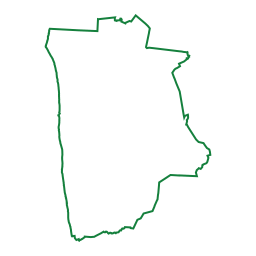 Liepupes pag., Salacgrivas, Latvia (Albers equal-area conic projection)
{"feature_id": "27541924B57299636563148", "entity_name": "Liepupes pag.", "entity_type": "district", "adm_level": 2, "iso_a3": "LVA", "parent_name": "Latvia", "parent_adm1": "Salacgrivas", "projection": "albers", "projection_center": [24.439, 57.482], "detail": "fine", "context": "isolated", "style": "outline", "palette": "green", "viewbox_px": 256, "rotation_deg": 0, "n_neighbors": 0, "source": "geoboundaries", "source_scale": "gbopen_adm2", "svg_char_len": 5409}
<svg xmlns="http://www.w3.org/2000/svg" viewBox="0 0 256 256"><path d="M49.8,28.8L49.7,29.2L49.5,29.4L49.3,29.9L49.2,30.6L49.1,30.8L49.2,31.3L49.0,32.1L48.9,32.4L48.9,33.2L48.7,33.4L48.8,33.7L48.9,33.8L48.6,34.7L48.5,35.4L48.3,35.8L48.0,36.1L48.0,36.4L47.9,36.7L48.0,36.9L47.9,37.6L48.0,38.3L47.8,39.2L47.8,39.5L47.7,39.8L47.4,40.4L47.4,40.8L47.2,41.1L47.2,41.4L47.1,41.6L46.9,42.6L46.7,43.1L46.5,43.7L46.0,45.1L46.0,45.4L46.0,45.7L45.8,45.8L45.7,46.2L45.7,46.6L45.8,47.1L46.0,47.4L46.3,47.6L46.5,47.9L46.7,48.2L47.6,49.8L48.2,51.0L48.8,52.3L50.1,54.5L50.6,55.6L51.4,56.7L52.3,58.3L52.6,58.6L52.7,59.2L53.3,60.5L53.4,60.9L54.0,62.2L54.2,62.8L54.4,63.3L54.4,63.9L54.4,64.3L54.9,65.7L55.1,66.8L55.3,67.4L55.5,68.4L55.6,68.8L55.9,70.7L56.1,71.0L56.1,71.3L56.6,72.9L56.6,73.5L56.6,74.2L56.8,75.8L56.8,76.1L56.8,76.4L56.9,76.8L56.9,77.3L57.2,78.4L57.5,79.2L57.5,79.6L57.6,80.0L57.5,81.3L57.5,81.6L57.6,81.9L58.0,82.9L58.2,84.1L58.3,84.6L58.4,86.1L58.6,87.4L58.6,88.2L58.7,88.8L58.8,90.4L58.9,90.7L59.0,92.7L59.1,94.0L59.0,94.3L59.0,95.3L59.1,95.7L59.0,96.3L59.1,97.1L59.1,97.4L59.1,98.3L59.2,99.2L59.2,99.3L59.2,100.0L59.1,101.0L59.2,101.9L59.1,102.3L59.2,102.6L59.2,103.1L59.3,103.2L59.4,103.7L59.6,105.7L59.6,108.8L59.6,109.7L59.5,111.5L59.5,111.8L59.4,112.1L59.2,112.3L59.3,112.9L59.4,113.1L59.4,113.3L59.7,113.5L58.8,115.3L57.4,115.3L58.8,115.4L59.1,116.5L59.3,117.4L59.4,118.2L59.4,118.5L59.3,119.5L59.4,120.2L59.3,120.5L59.3,122.7L59.1,124.4L58.9,125.6L58.7,126.5L58.6,127.0L58.7,127.6L58.6,127.9L58.6,128.1L58.7,128.4L58.9,129.1L58.9,129.3L59.0,129.4L59.0,129.7L58.8,130.1L59.0,131.1L59.1,131.3L59.1,131.7L59.3,133.6L59.3,134.0L59.4,135.2L59.4,135.7L59.3,136.2L59.3,137.1L59.4,137.7L59.5,138.6L59.9,140.8L60.0,140.9L60.3,142.1L60.3,142.8L60.4,143.1L60.5,143.8L60.7,144.1L62.2,149.5L62.3,151.0L62.4,154.7L62.2,156.5L62.1,157.6L62.2,158.1L62.1,158.6L62.2,159.9L62.3,160.9L62.4,161.8L62.5,163.7L62.4,164.7L62.4,164.8L62.4,165.4L62.3,166.4L62.4,166.6L62.2,167.6L62.2,168.0L62.0,168.9L61.9,169.2L61.9,169.3L62.0,169.4L61.9,169.8L62.0,170.9L62.0,171.0L61.9,171.7L61.9,172.3L62.0,172.8L62.4,173.7L62.4,173.8L62.5,174.2L62.7,176.1L62.9,177.5L63.4,180.9L63.5,181.9L63.6,182.0L63.7,182.7L63.7,183.1L63.7,183.9L63.9,184.5L63.9,185.0L63.8,185.3L64.0,185.8L64.3,188.3L64.4,189.3L64.5,190.4L64.6,190.8L64.7,192.0L64.8,192.5L64.8,192.8L65.0,193.3L65.2,194.3L65.3,194.4L65.6,196.0L65.5,196.3L65.7,196.9L65.9,197.1L65.9,197.8L65.9,198.0L66.1,198.1L66.2,198.5L66.2,199.1L66.5,200.2L66.5,200.3L66.6,201.3L66.7,201.5L66.9,202.8L66.7,202.8L66.8,204.4L66.9,204.7L66.9,205.6L67.2,206.2L67.3,207.1L67.9,209.5L68.0,210.6L67.9,211.3L68.2,212.6L68.2,213.1L68.2,213.4L68.2,215.3L68.2,216.5L68.2,217.6L68.4,219.9L68.6,220.5L68.6,221.0L69.0,222.8L69.2,223.0L69.5,223.7L69.9,225.0L70.1,226.2L70.4,226.6L70.5,227.6L70.8,229.1L71.0,230.0L71.0,230.7L71.2,232.2L71.3,232.9L71.4,233.5L71.6,234.8L71.7,235.3L71.9,235.6L71.9,235.9L72.5,235.9L72.5,236.3L74.6,235.9L74.9,238.2L76.4,240.0L78.7,239.1L78.9,240.5L79.1,240.6L79.2,240.3L79.3,240.4L80.4,239.9L80.5,239.9L80.9,239.7L81.1,239.5L81.4,239.4L81.5,239.3L81.7,239.1L81.9,239.0L82.1,238.9L82.4,238.9L82.5,238.7L84.8,237.1L84.8,236.6L90.8,237.1L92.7,236.9L94.2,236.8L96.0,235.8L101.3,233.1L102.2,232.5L103.6,231.7L103.9,232.1L104.2,232.2L105.1,232.3L105.4,232.2L105.5,232.0L105.9,231.6L106.7,231.7L107.5,232.4L107.7,232.7L108.3,233.4L108.6,233.6L110.1,232.7L111.3,233.0L111.4,233.4L111.9,233.5L112.7,233.4L113.2,233.2L113.3,233.0L113.5,232.9L114.0,232.7L114.4,232.7L114.6,232.7L114.8,232.8L115.0,232.6L115.3,232.8L115.4,233.0L115.5,233.1L115.8,232.9L116.0,233.0L116.2,232.7L116.7,232.5L118.5,232.3L119.8,230.5L120.3,230.4L121.2,230.4L121.5,229.4L122.3,228.5L122.9,228.8L123.1,228.8L123.8,228.4L124.3,228.3L124.9,227.1L130.4,227.4L130.6,228.1L133.3,228.5L137.4,219.8L140.7,218.4L142.1,216.1L143.6,213.5L152.5,211.1L154.5,206.4L154.6,205.8L157.1,200.1L157.5,199.6L158.0,194.8L158.3,193.2L159.0,185.1L159.2,182.4L170.5,175.0L172.6,175.1L179.2,175.5L179.2,175.4L179.4,175.4L196.9,176.2L195.9,172.5L196.8,170.1L198.5,168.6L198.8,168.2L200.7,168.9L201.1,168.4L202.2,167.2L202.3,165.6L202.5,165.0L202.9,165.0L203.2,164.5L203.7,164.3L204.3,164.0L205.8,163.5L206.5,163.1L206.9,162.5L207.3,161.9L208.4,157.9L207.5,155.7L210.3,154.9L209.9,151.7L209.5,150.2L209.3,149.5L206.9,148.0L204.8,145.1L203.5,143.1L198.6,142.0L196.1,139.5L190.0,130.0L188.0,126.8L187.6,126.0L187.0,124.8L186.2,124.6L186.3,124.1L186.5,123.8L187.1,121.0L186.8,120.1L187.8,118.7L188.1,117.7L188.0,115.2L187.9,114.7L184.9,115.9L184.2,117.5L183.7,115.0L179.7,91.5L176.3,83.3L174.4,78.1L174.2,77.9L172.3,72.8L172.5,72.5L173.8,70.6L174.3,69.8L175.5,68.7L177.1,68.0L180.0,66.2L179.0,63.7L184.0,61.5L186.5,59.5L186.7,58.4L187.7,58.8L188.2,58.3L188.3,57.3L189.0,56.9L188.8,56.5L188.7,56.0L188.9,55.9L189.2,56.0L189.3,55.8L189.0,55.6L188.7,55.7L188.1,55.6L188.0,55.3L187.8,55.1L187.6,54.2L187.4,53.4L187.5,53.1L187.6,52.9L187.4,52.2L187.2,52.3L183.5,51.9L181.6,51.5L178.6,51.2L153.7,48.2L149.1,47.7L146.9,48.1L146.2,47.4L146.0,47.1L147.0,42.5L148.4,35.7L148.9,33.4L149.2,31.4L149.5,30.1L149.8,28.4L147.9,26.0L145.3,23.5L135.7,15.4L131.2,21.5L129.5,21.0L125.5,22.8L125.5,23.1L125.4,23.4L121.4,21.6L121.7,19.6L121.2,18.7L120.4,18.6L119.9,19.7L120.2,20.2L120.2,20.3L116.8,20.4L116.6,20.9L114.9,20.4L114.8,18.5L114.8,17.9L115.0,17.4L98.4,19.2L98.0,19.1L97.4,31.1L78.5,30.3L50.2,28.8L49.8,28.8Z" fill="none" stroke="#15803d" stroke-width="2"/></svg>